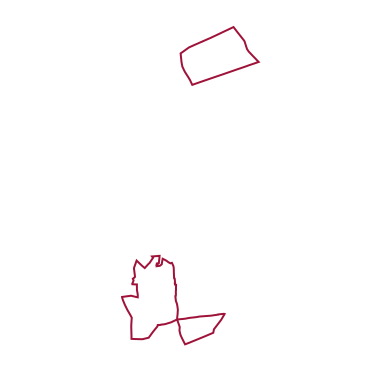 Tlacolula de Matamoros, Oaxaca, Mexico (Robinson projection), rotated 250°
{"feature_id": "50627088B27692597890470", "entity_name": "Tlacolula de Matamoros", "entity_type": "district", "adm_level": 2, "iso_a3": "MEX", "parent_name": "Mexico", "parent_adm1": "Oaxaca", "projection": "robinson", "projection_center": [-96.437, 16.857], "detail": "fine", "context": "isolated", "style": "outline", "palette": "rose", "viewbox_px": 384, "rotation_deg": 250, "n_neighbors": 0, "source": "geoboundaries", "source_scale": "gbopen_adm2", "svg_char_len": 3217}
<svg xmlns="http://www.w3.org/2000/svg" viewBox="0 0 384 384"><g transform="rotate(250 192 192)"><path d="M146.5,116.5L140.3,111.4L133.7,109.9L131.8,109.4L131.5,109.1L130.7,106.7L129.0,106.9L127.5,105.7L127.2,105.4L126.1,104.5L125.8,104.5L125.8,104.4L125.7,104.4L124.9,106.3L124.0,108.6L122.1,107.9L120.8,107.5L119.8,107.1L118.6,106.7L117.1,106.5L116.8,106.4L116.6,106.4L116.1,106.3L114.7,106.0L114.0,105.9L111.6,105.0L112.5,103.5L113.0,102.8L114.2,101.0L115.4,99.2L115.9,96.6L116.0,96.4L117.3,90.4L116.5,90.2L115.3,90.2L114.0,90.1L109.7,90.3L109.4,90.3L107.3,90.5L104.7,90.8L104.4,90.8L102.4,91.1L99.1,91.7L97.4,92.0L94.6,92.4L94.3,92.3L91.6,91.1L86.9,89.1L85.5,88.6L84.0,88.1L82.2,87.5L80.1,86.8L79.0,86.4L78.3,86.2L77.7,86.0L74.7,84.9L73.3,88.2L73.1,88.7L70.6,95.1L69.9,101.5L73.8,107.3L74.1,107.8L74.3,108.1L77.4,113.3L77.6,113.6L78.7,114.3L78.5,114.8L78.5,115.1L78.4,115.3L78.3,115.5L78.2,115.9L78.1,116.1L78.1,116.3L78.0,116.5L77.9,116.7L77.9,116.9L78.0,117.3L77.9,117.5L77.9,117.8L77.8,118.2L77.8,118.3L77.7,118.4L77.7,118.5L77.6,118.8L77.6,119.1L77.5,119.3L77.5,119.5L77.4,119.7L77.4,119.8L77.3,120.0L77.3,120.3L77.2,120.5L77.2,120.8L77.1,121.4L77.0,121.7L77.0,122.1L77.0,122.3L77.0,122.5L77.0,122.8L76.9,123.2L76.9,123.7L76.9,124.3L76.9,124.6L76.8,125.0L76.8,125.8L76.8,126.5L76.7,127.1L76.7,127.7L76.7,127.8L77.3,134.4L69.4,134.3L66.0,132.8L61.8,132.3L58.7,132.5L51.2,133.4L51.3,138.0L51.6,145.6L52.0,155.6L52.1,157.3L52.4,163.1L52.4,163.8L55.5,165.7L61.9,175.7L66.2,180.9L66.6,180.4L68.0,174.8L67.8,174.7L69.3,167.5L72.4,156.5L73.0,153.0L74.6,146.5L75.1,143.4L75.4,141.7L77.3,134.4L79.0,135.1L82.2,136.7L84.8,137.8L86.0,138.4L89.7,139.2L91.9,139.6L95.2,139.6L95.6,139.7L95.9,139.8L96.0,139.8L96.6,140.0L97.0,140.0L97.3,140.1L97.5,140.2L97.8,140.3L98.4,140.4L98.8,140.4L99.3,140.6L99.9,140.8L99.9,141.2L100.7,141.6L100.8,141.6L101.1,141.8L102.0,142.1L102.4,142.2L104.6,143.0L105.0,143.3L105.6,143.5L106.9,144.0L107.0,144.0L108.5,144.6L110.3,145.3L110.8,144.4L112.1,144.9L112.2,144.7L112.6,144.9L112.7,145.0L112.8,145.0L113.0,145.2L113.3,145.2L114.3,145.5L114.9,145.7L116.6,146.1L116.9,145.7L117.4,145.8L118.7,146.2L123.7,147.8L124.2,148.0L126.4,148.7L127.2,148.9L128.2,149.1L129.0,149.2L129.7,149.1L131.2,149.0L132.3,148.9L132.4,148.0L132.4,147.2L134.0,145.9L135.8,144.7L137.2,143.6L139.3,141.6L136.0,139.7L134.4,138.8L133.7,136.7L133.7,136.2L134.2,134.0L134.8,134.7L135.2,134.8L135.6,134.5L135.6,133.7L136.9,134.5L136.5,136.5L137.5,137.0L139.9,138.2L141.3,138.9L141.7,139.0L141.8,139.1L142.5,139.4L143.1,139.7L143.4,138.8L143.4,138.5L143.5,138.3L143.5,138.0L143.6,137.6L143.7,137.3L143.8,137.2L144.0,136.4L145.1,132.4L143.5,132.9L139.8,127.8L139.3,126.5L136.7,121.6L139.8,119.8L146.5,116.5ZM332.8,287.4L330.5,262.8L329.4,245.7L328.9,238.7L327.6,234.0L326.1,228.7L323.7,228.1L319.3,227.0L317.8,226.6L314.8,226.1L313.9,226.0L313.2,225.8L311.6,226.0L309.9,226.1L307.3,226.4L301.5,227.7L298.0,228.4L292.6,228.9L292.5,236.9L292.3,248.1L292.1,257.6L292.0,262.3L291.8,276.3L291.7,280.3L291.6,285.7L291.6,289.5L291.5,292.5L291.4,299.1L294.8,297.6L298.6,295.9L304.6,293.3L305.4,293.1L307.6,292.6L310.8,292.7L315.8,292.9L319.0,291.9L326.2,289.5L332.8,287.4Z" fill="none" stroke="#9f1239" stroke-width="2"/></g></svg>